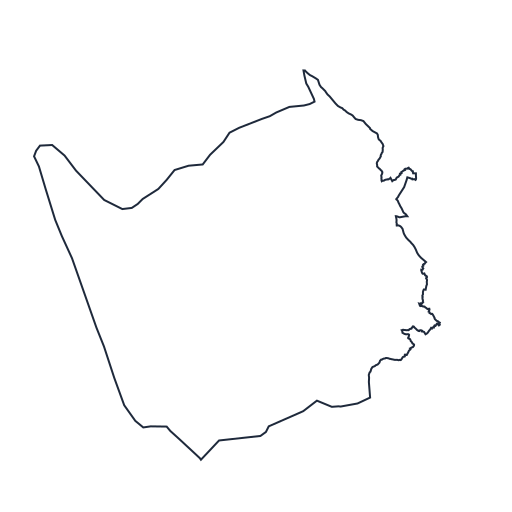 outline of Oluyole, Oyo, Nigeria, rotated 71°
{"feature_id": "59680162B11018926765325", "entity_name": "Oluyole", "entity_type": "district", "adm_level": 2, "iso_a3": "NGA", "parent_name": "Nigeria", "parent_adm1": "Oyo", "projection": "mercator", "projection_center": [3.901, 7.219], "detail": "fine", "context": "isolated", "style": "outline", "palette": "slate", "viewbox_px": 512, "rotation_deg": 71, "n_neighbors": 0, "source": "geoboundaries", "source_scale": "gbopen_adm2", "svg_char_len": 6057}
<svg xmlns="http://www.w3.org/2000/svg" viewBox="0 0 512 512"><g transform="rotate(71 256 256)"><path d="M317.1,97.2L311.5,100.5L309.5,101.4L307.6,102.1L305.3,102.6L301.9,102.8L299.2,103.2L296.8,103.8L293.7,105.2L293.1,105.3L290.3,106.8L287.5,108.0L285.8,108.4L283.7,108.8L282.3,108.9L278.1,108.6L276.1,109.2L274.9,109.8L273.5,111.2L273.0,113.0L272.1,112.8L271.6,112.4L269.9,112.3L268.1,111.5L267.0,111.2L263.9,110.8L264.2,110.1L266.2,107.6L267.0,102.1L267.7,100.0L265.4,100.7L263.4,102.1L262.6,102.4L258.4,102.8L255.7,103.4L253.6,103.6L251.9,103.9L250.4,103.9L249.5,104.1L248.5,104.6L248.1,104.9L247.9,104.9L246.3,102.3L245.4,101.5L239.1,93.5L233.1,88.8L230.9,87.3L232.6,84.9L233.5,84.0L233.7,83.6L233.8,83.1L234.5,83.1L234.9,81.2L236.0,80.4L235.7,79.9L234.6,79.3L232.3,78.7L229.9,77.9L229.0,80.5L227.8,80.4L227.5,80.2L227.2,80.3L226.9,80.2L226.7,80.6L226.0,81.0L224.2,81.7L223.7,82.5L222.2,82.9L222.3,83.7L222.8,84.0L222.1,86.4L222.4,87.3L223.2,87.2L223.3,88.9L223.8,90.3L224.0,91.3L225.0,91.4L225.0,93.0L226.1,93.0L226.3,94.1L227.3,95.2L227.5,95.9L227.5,96.8L227.7,97.2L228.0,97.8L229.2,99.0L229.2,100.3L229.0,101.3L229.6,102.8L226.0,103.4L226.2,103.7L226.2,104.3L226.7,105.7L226.6,106.1L226.3,106.6L226.4,107.1L226.1,107.9L226.1,109.7L226.4,110.6L226.1,111.7L226.1,112.4L226.2,112.7L225.2,112.7L224.6,112.4L223.1,112.1L222.8,111.8L222.1,111.6L220.9,111.5L220.3,111.0L219.2,109.9L218.6,109.6L218.4,109.6L218.1,109.3L217.7,109.2L216.0,109.6L215.4,110.1L214.0,110.6L213.1,111.3L212.5,111.5L210.9,112.3L210.6,112.3L209.4,111.8L208.9,111.8L207.6,111.6L206.5,110.8L205.6,109.5L204.9,108.9L204.0,107.3L203.1,106.4L202.5,105.6L201.6,105.4L200.8,104.8L200.4,104.2L199.5,103.5L198.8,102.4L197.5,101.9L197.0,101.6L195.1,101.1L194.1,100.3L193.7,99.8L193.1,99.7L192.4,99.8L191.6,99.7L191.2,99.8L188.9,100.5L187.8,100.7L186.0,101.8L185.3,102.0L183.3,101.9L181.1,101.4L179.5,101.7L175.8,105.1L173.0,106.7L172.1,106.6L167.0,109.2L163.4,110.5L161.7,112.6L160.5,115.1L158.9,117.2L157.0,118.0L154.6,118.9L153.2,120.0L151.4,121.9L149.4,123.4L147.4,124.4L146.2,125.5L144.3,126.3L143.0,127.8L140.8,129.7L137.6,131.2L129.1,134.4L126.5,135.8L123.8,136.6L122.7,136.8L118.8,138.7L117.5,139.5L114.8,140.2L109.6,140.1L107.4,141.7L104.2,144.4L102.5,146.1L99.9,147.7L97.6,148.9L96.5,149.3L96.0,150.7L101.2,151.5L109.3,152.3L113.0,151.5L126.3,150.1L129.1,150.4L129.8,155.8L129.3,161.7L125.9,175.9L126.9,190.1L128.3,197.4L128.3,205.7L129.3,230.2L130.8,240.9L137.6,249.7L145.3,266.4L152.1,276.6L148.7,290.3L148.2,305.0L155.0,315.8L160.8,326.5L165.2,344.6L168.3,350.9L170.1,357.8L168.1,367.1L153.6,381.3L116.7,398.4L98.7,404.3L84.7,412.6L81.3,424.3L84.9,429.6L89.5,433.4L100.7,432.1L124.5,433.1L156.5,434.1L173.9,433.1L198.2,430.7L271.7,430.2L292.1,429.2L325.1,429.7L354.2,429.2L372.6,423.8L381.4,418.4L382.8,411.0L388.2,396.0L393.5,394.0L404.2,388.1L428.9,374.9L430.7,374.4L418.4,351.0L427.6,310.4L425.6,303.9L421.2,299.4L418.1,261.9L412.6,245.5L423.3,233.4L425.0,226.9L425.9,225.0L428.5,208.0L427.0,194.2L411.9,190.3L407.9,188.7L405.2,188.1L403.1,186.5L402.6,185.4L400.2,183.7L398.9,182.0L398.8,179.5L398.3,178.5L398.2,176.3L397.0,174.0L395.4,172.8L394.7,171.4L395.0,170.8L394.7,170.0L394.6,168.4L394.8,167.8L394.9,167.3L394.7,166.6L395.0,165.6L395.9,164.0L396.8,163.0L397.2,162.1L397.7,161.5L398.1,160.7L399.4,158.6L400.1,156.4L401.0,155.0L401.0,153.9L401.5,153.2L401.5,152.9L401.2,152.6L400.9,151.9L400.5,151.5L400.2,151.1L399.5,150.3L399.3,149.7L399.3,149.1L399.5,148.2L399.3,147.9L397.9,147.5L397.7,147.2L398.0,146.7L398.6,146.0L398.7,145.7L398.2,145.2L396.7,143.5L395.5,142.4L395.2,142.0L394.6,140.4L394.4,140.2L393.6,140.4L393.6,140.0L393.3,139.3L393.3,138.7L393.1,137.9L393.2,137.3L392.2,135.8L391.6,135.7L391.2,135.4L390.9,135.5L390.2,136.1L389.5,136.6L389.1,136.5L387.7,136.9L386.8,137.4L386.2,137.3L384.8,137.4L384.1,138.2L383.7,138.2L383.3,138.4L383.3,138.8L383.0,138.9L381.9,137.8L380.6,137.0L380.3,136.9L379.7,137.2L379.5,137.6L379.0,139.1L378.9,139.7L378.6,140.0L378.1,140.9L376.3,142.5L375.4,142.3L375.0,142.3L374.1,142.1L373.6,142.3L373.6,140.9L374.2,140.2L374.4,139.3L375.0,138.3L375.3,137.4L375.3,137.1L375.8,136.1L375.8,135.8L375.7,135.5L375.3,135.0L375.1,134.3L375.2,133.6L375.3,133.2L375.3,132.7L374.7,132.3L374.5,131.4L374.2,131.2L373.8,131.0L373.6,130.7L373.7,130.3L374.2,129.7L375.3,129.4L377.4,128.2L378.1,128.0L379.6,126.9L380.0,126.4L380.1,126.1L379.6,125.7L379.7,125.3L379.8,124.4L379.9,124.2L380.6,123.4L381.0,123.7L381.3,123.8L382.0,122.4L382.5,121.8L385.2,121.2L384.9,119.6L384.5,118.7L382.8,116.4L382.2,115.2L381.1,114.0L381.7,113.6L381.9,113.3L381.4,112.9L381.1,112.9L381.1,112.0L381.3,111.5L381.6,111.2L380.8,110.4L380.6,110.1L380.3,110.4L379.8,109.8L380.5,109.0L378.8,106.9L378.8,106.7L379.6,106.2L380.8,105.9L381.2,105.7L380.8,104.6L379.4,104.8L379.1,104.1L378.9,103.9L378.0,104.7L377.1,105.1L376.1,106.3L373.9,107.4L373.1,107.5L372.6,107.3L372.1,107.4L369.5,107.8L368.1,108.2L368.0,108.7L367.9,108.9L367.9,109.3L367.1,109.6L366.5,110.5L365.4,110.3L364.8,110.6L364.7,110.8L364.4,110.6L363.6,109.7L363.2,109.4L362.3,109.3L362.2,109.7L362.6,110.0L362.1,110.4L362.0,111.1L361.3,111.6L360.7,111.8L359.7,112.7L358.7,113.1L358.3,113.8L358.3,114.4L357.6,114.9L357.1,115.9L356.8,115.9L357.0,116.4L356.9,116.8L356.8,117.0L356.3,117.0L355.9,117.2L354.4,117.2L354.7,116.9L354.6,116.5L354.8,116.0L354.7,115.9L354.3,115.8L354.3,115.6L354.5,115.1L355.0,114.6L354.1,113.1L353.8,113.3L352.7,112.7L351.5,112.5L351.0,112.6L350.0,112.3L349.7,112.3L349.3,111.9L348.9,111.7L348.5,111.7L348.3,111.8L347.6,111.6L346.6,110.6L344.4,109.9L343.1,109.0L342.3,108.2L342.5,107.7L343.1,106.6L339.6,104.6L338.5,103.6L335.9,102.9L335.1,102.4L334.3,102.1L333.9,102.1L332.5,102.4L332.0,101.5L331.4,101.7L330.9,101.1L330.5,101.3L330.1,101.7L329.5,102.0L329.4,102.1L329.4,102.3L329.2,102.4L327.3,102.5L327.2,103.8L327.0,104.2L325.9,104.5L323.2,104.4L322.8,104.2L323.1,103.8L323.2,103.0L323.0,102.7L322.3,102.3L322.1,101.9L320.8,102.3L320.3,102.3L320.0,102.0L319.7,100.9L318.6,100.9L318.2,100.0L318.3,99.2L317.6,98.3L317.1,97.2Z" fill="none" stroke="#1e293b" stroke-width="2"/></g></svg>